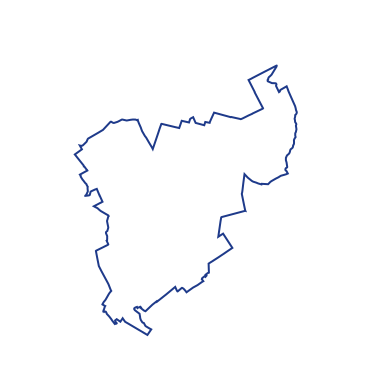 the district of Cobadin, Constanta, Romania, rotated 330°
{"feature_id": "2599482B18886036836005", "entity_name": "Cobadin", "entity_type": "district", "adm_level": 2, "iso_a3": "ROU", "parent_name": "Romania", "parent_adm1": "Constanta", "projection": "natural_earth1", "projection_center": [28.207, 44.043], "detail": "fine", "context": "isolated", "style": "outline", "palette": "blue", "viewbox_px": 384, "rotation_deg": 330, "n_neighbors": 0, "source": "geoboundaries", "source_scale": "gbopen_adm2", "svg_char_len": 5835}
<svg xmlns="http://www.w3.org/2000/svg" viewBox="0 0 384 384"><g transform="rotate(330 192 192)"><path d="M167.4,94.2L164.3,94.1L162.6,94.0L159.4,93.3L158.8,93.1L158.3,92.7L157.5,91.4L157.2,90.8L157.0,90.6L156.7,90.5L156.4,90.5L146.3,93.6L146.0,93.7L140.2,93.8L128.8,93.8L128.4,93.9L127.9,94.2L125.9,95.7L125.3,95.9L120.9,97.0L120.4,97.0L119.7,96.9L118.6,96.2L118.1,95.7L118.0,100.0L109.3,100.9L111.4,114.9L111.3,115.5L111.1,115.8L111.4,116.1L111.5,116.4L111.7,117.5L111.7,118.2L111.9,119.6L112.1,120.3L112.1,121.1L109.1,121.0L103.6,120.9L103.7,122.5L103.4,122.8L103.3,123.1L103.4,126.6L103.6,127.4L104.0,130.7L104.4,132.1L104.5,132.6L104.3,133.4L104.3,135.4L104.0,135.6L103.2,137.0L102.2,139.2L101.8,139.6L101.4,139.9L99.1,141.5L98.8,141.6L98.1,141.8L97.8,141.8L97.7,142.0L100.5,143.2L101.5,143.5L101.8,143.5L102.0,143.4L103.8,141.6L104.1,141.3L104.3,141.1L104.5,141.0L104.8,141.0L105.3,141.0L109.6,141.4L110.3,141.6L111.1,141.7L110.2,148.6L110.3,148.6L109.6,155.7L99.9,155.3L100.6,156.5L102.1,158.8L102.2,159.2L102.9,161.4L103.5,162.9L105.1,165.7L105.9,167.1L107.8,170.4L107.8,171.1L107.7,171.1L107.3,171.3L106.5,172.1L105.0,173.6L104.1,174.4L103.8,174.9L102.8,177.8L101.9,180.5L101.6,181.1L99.9,182.7L99.2,183.4L98.8,183.5L97.9,183.6L97.5,183.8L97.2,184.1L97.0,184.5L96.9,184.8L96.5,187.8L95.3,189.8L95.2,190.1L94.6,190.8L94.5,191.1L94.4,191.3L94.1,191.5L93.7,191.5L93.4,195.0L93.3,195.5L93.1,195.6L92.8,195.7L79.8,194.9L79.5,194.9L79.3,195.0L76.9,201.9L74.3,209.5L74.0,215.0L73.6,229.3L73.5,230.5L72.6,236.4L72.6,237.3L70.3,238.1L68.7,238.9L66.0,240.5L63.4,242.0L62.3,242.5L60.8,243.0L58.7,244.2L58.2,244.6L59.8,247.3L59.5,247.4L57.1,249.6L56.4,250.1L55.7,250.8L55.5,251.1L55.8,251.3L55.9,251.9L56.7,251.8L57.5,252.6L57.5,253.9L57.3,254.6L57.3,255.0L57.4,255.5L58.0,258.1L58.1,258.6L58.4,260.9L58.5,261.5L58.6,263.5L58.8,264.9L59.1,267.3L59.7,267.0L59.8,267.8L59.9,268.0L60.1,268.1L61.1,268.1L61.2,267.9L61.0,266.9L60.9,266.4L61.0,265.6L61.2,264.8L63.2,264.5L65.1,268.5L68.8,266.7L68.8,266.9L69.2,271.0L71.1,274.3L72.9,277.5L76.5,283.9L81.9,293.5L88.0,290.6L86.6,288.3L84.9,285.2L84.7,284.6L84.8,281.4L84.6,281.1L84.0,280.5L83.9,280.3L83.8,279.8L83.7,277.2L84.1,275.3L84.6,274.2L85.7,271.2L84.4,268.2L83.6,266.2L83.4,265.7L83.4,264.8L83.4,264.5L83.6,264.2L83.8,263.9L84.2,263.8L85.2,263.7L86.9,264.0L86.8,265.2L87.4,265.1L88.0,265.3L88.5,265.4L89.3,265.5L89.8,265.5L90.1,266.5L89.6,266.7L89.9,267.6L91.2,270.8L91.7,271.5L92.1,272.0L96.3,271.0L101.3,269.8L107.4,268.9L107.7,269.1L107.5,269.4L119.0,267.7L130.0,265.8L129.6,269.7L129.7,270.8L129.8,270.9L130.0,270.9L132.8,270.4L135.0,270.0L135.4,270.0L135.8,270.5L136.3,271.5L136.6,272.7L136.9,274.2L137.1,276.1L141.0,275.7L145.2,275.3L150.3,275.4L154.6,275.0L155.9,274.9L157.2,274.9L156.9,272.5L157.1,272.4L157.3,272.0L157.8,271.7L161.0,271.2L161.2,272.2L162.7,271.7L162.5,270.4L163.3,270.3L164.2,270.3L164.5,270.1L165.3,270.1L165.5,270.2L166.3,270.3L170.6,262.3L181.9,261.8L199.0,260.6L198.1,243.6L192.4,243.9L192.8,243.4L193.1,243.1L193.5,242.5L202.0,231.7L204.6,228.6L205.0,228.5L205.4,228.6L221.3,232.9L228.7,234.9L228.8,235.0L228.9,234.4L230.6,229.2L234.0,219.1L234.2,218.5L235.1,217.6L236.3,216.1L241.0,209.8L246.4,202.8L247.5,207.5L249.4,212.4L250.2,213.7L252.3,216.0L253.6,217.7L256.0,220.2L256.5,219.8L257.4,220.4L261.8,223.3L265.0,222.4L266.4,222.3L269.3,222.3L269.6,222.3L271.2,222.3L274.6,222.5L275.1,222.4L275.7,222.4L276.8,222.4L277.2,222.4L280.3,223.2L282.4,223.7L284.2,223.9L284.3,221.1L284.2,220.9L284.0,220.3L283.9,220.0L283.9,219.8L284.0,219.4L284.3,219.0L284.8,218.5L285.3,218.3L286.1,218.3L286.7,218.2L287.0,217.9L288.7,213.6L289.0,212.2L289.3,211.2L290.0,210.1L290.3,209.5L290.5,209.3L290.7,209.1L291.4,208.7L291.7,208.4L292.5,207.9L293.4,207.6L293.9,207.6L294.8,207.4L295.1,207.3L295.6,207.1L295.9,206.9L296.8,206.2L298.1,204.8L298.7,204.4L299.1,204.3L300.1,204.2L301.3,203.9L301.6,203.7L302.3,203.0L302.9,202.2L303.0,202.1L303.4,202.0L304.1,201.5L304.5,201.1L305.2,200.0L306.2,198.1L306.5,197.8L307.7,196.9L308.7,196.5L309.1,196.3L309.3,195.9L309.5,195.0L310.4,193.4L310.7,192.9L311.0,192.6L311.9,192.0L312.3,191.6L312.9,190.9L313.6,190.2L313.8,189.9L314.2,189.0L314.5,188.2L315.1,186.6L316.2,185.5L316.3,185.1L316.4,184.8L316.3,183.5L316.3,183.1L316.4,182.8L317.3,180.7L317.4,180.0L319.0,178.3L319.3,177.9L319.6,177.4L319.8,177.0L320.3,176.9L321.2,176.6L321.5,176.4L322.0,176.1L322.3,175.7L322.6,175.4L322.7,175.2L323.1,172.8L323.3,172.3L323.6,171.5L324.2,169.3L324.8,163.5L325.9,153.2L326.3,151.1L326.8,147.8L320.0,147.8L319.6,147.8L319.4,147.9L318.5,148.7L318.2,148.9L317.3,149.0L317.8,142.4L317.9,142.1L318.0,141.9L318.6,141.4L318.8,141.2L319.0,140.9L319.0,140.7L319.0,140.0L318.9,139.8L318.7,139.6L315.6,137.6L315.4,137.3L313.0,134.0L313.0,133.8L313.2,133.3L313.4,133.1L313.9,132.8L313.8,132.6L314.4,132.2L315.3,131.4L315.6,131.2L316.0,131.0L317.6,130.7L319.5,130.2L320.1,129.9L320.4,129.7L320.6,129.6L327.8,125.7L328.3,125.2L328.5,124.9L328.4,124.8L314.7,124.1L301.2,123.5L300.1,123.5L297.0,123.3L296.3,136.9L296.1,137.1L296.1,137.4L295.4,153.9L295.4,155.0L295.0,155.2L283.6,154.3L283.4,154.4L279.4,154.0L272.8,153.6L271.0,153.4L270.5,153.2L270.3,152.9L263.4,146.6L263.0,146.6L250.8,134.3L244.9,138.5L243.0,139.9L242.3,140.5L241.9,140.9L238.5,138.0L236.0,140.3L230.4,134.7L229.7,134.0L229.7,133.8L230.4,127.8L228.0,127.7L227.0,127.8L226.7,128.0L224.2,130.3L218.7,125.2L212.9,130.2L210.2,127.7L204.6,122.4L199.9,117.9L199.6,117.7L199.3,117.8L198.9,118.2L195.7,120.9L193.6,122.8L191.8,124.4L179.5,135.2L179.6,133.3L179.5,127.4L179.5,122.8L179.5,122.0L179.2,119.9L179.2,117.8L179.2,114.4L179.6,111.9L179.7,111.6L179.9,110.4L180.1,108.5L180.4,105.7L180.8,103.3L181.1,102.4L180.5,102.3L180.2,102.3L179.4,101.1L179.2,101.0L177.1,99.7L175.0,98.8L171.3,97.5L170.9,97.2L168.1,94.6L167.7,94.3L167.4,94.2Z" fill="none" stroke="#1e3a8a" stroke-width="2"/></g></svg>